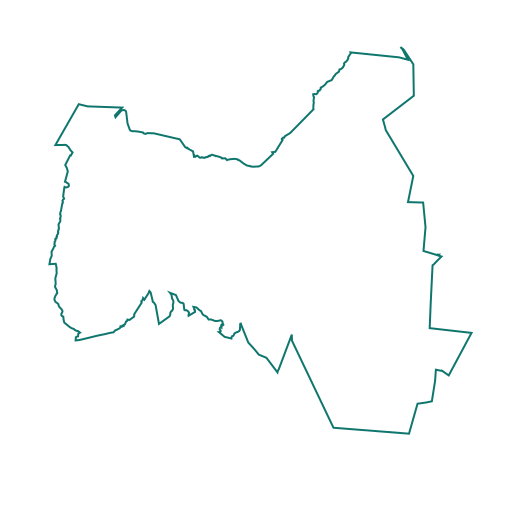 Peñamiller, Querétaro, Mexico (Natural Earth projection), rotated 354°
{"feature_id": "50627088B47051465612575", "entity_name": "Peñamiller", "entity_type": "district", "adm_level": 2, "iso_a3": "MEX", "parent_name": "Mexico", "parent_adm1": "Querétaro", "projection": "natural_earth1", "projection_center": [-99.898, 21.09], "detail": "fine", "context": "isolated", "style": "outline", "palette": "teal", "viewbox_px": 512, "rotation_deg": 354, "n_neighbors": 0, "source": "geoboundaries", "source_scale": "gbopen_adm2", "svg_char_len": 5914}
<svg xmlns="http://www.w3.org/2000/svg" viewBox="0 0 512 512"><g transform="rotate(354 256 256)"><path d="M68.1,124.7L76.8,125.5L77.0,125.4L79.0,125.9L80.0,127.1L81.0,128.1L82.6,131.5L84.4,133.8L82.4,136.7L81.7,136.5L75.8,145.6L77.0,148.5L77.7,152.1L73.8,162.2L74.6,162.4L75.5,163.4L76.7,164.2L77.2,164.9L77.3,165.7L77.1,167.0L76.7,167.4L74.9,168.0L73.7,167.9L72.8,167.3L72.5,168.0L70.7,175.4L70.5,176.9L70.7,177.8L71.1,178.5L71.1,179.0L69.9,179.9L69.3,180.8L69.6,182.3L69.1,183.0L69.1,183.6L68.7,184.0L66.7,190.9L66.0,192.0L65.8,193.5L65.5,194.0L65.5,194.3L65.8,194.8L66.0,195.3L66.0,195.8L65.9,196.2L65.0,198.3L65.3,198.4L65.0,201.0L62.9,203.9L62.9,206.7L62.9,208.2L62.4,208.9L62.2,209.8L61.9,210.0L61.8,210.3L61.9,210.6L61.5,211.5L61.7,211.8L61.6,212.0L61.7,212.5L61.5,212.8L61.4,213.3L60.6,214.0L60.4,214.4L60.1,214.9L60.0,215.3L60.2,215.7L59.9,216.2L59.4,216.4L59.3,216.7L59.3,217.0L59.5,217.4L59.1,217.9L58.7,218.1L58.2,218.1L58.1,218.6L58.1,219.9L57.7,220.4L57.2,220.9L57.1,221.2L57.2,222.0L56.8,222.8L56.7,223.4L56.8,224.0L57.3,224.6L56.8,225.3L56.0,225.8L55.3,227.2L53.1,230.4L52.9,234.4L51.1,237.6L49.7,242.6L56.0,242.8L56.5,247.3L56.3,247.7L56.1,248.7L56.0,252.2L54.1,257.2L53.9,262.4L53.5,263.9L53.0,265.0L52.9,265.6L53.0,266.0L53.6,267.4L54.3,269.0L54.4,271.9L54.4,272.3L53.7,272.8L53.3,273.4L53.0,273.9L52.6,274.3L52.3,274.7L51.1,277.2L51.0,277.9L51.1,278.9L51.7,280.5L52.0,280.9L53.6,282.2L54.4,283.3L54.7,285.4L55.8,287.0L57.1,288.7L57.8,290.5L57.6,291.3L57.0,292.3L56.4,293.2L56.2,294.0L56.2,294.6L56.9,295.6L58.0,296.1L58.0,298.5L58.1,300.4L58.4,302.2L60.0,303.8L62.9,306.8L64.6,308.2L65.8,308.9L67.2,309.5L68.0,310.6L70.0,311.8L71.2,312.1L73.0,313.8L71.2,314.6L70.6,317.3L68.9,317.6L68.3,318.2L67.8,321.1L71.6,321.1L80.8,319.9L90.3,318.6L93.3,318.3L97.7,317.9L102.6,317.2L106.3,317.0L108.4,315.1L109.6,314.9L112.9,313.6L113.5,313.0L113.9,311.8L115.1,312.4L115.9,311.2L117.0,311.8L117.5,310.6L118.4,310.4L119.6,308.2L119.8,307.6L121.2,307.0L121.5,305.8L123.4,306.4L128.2,303.7L128.7,302.8L128.7,301.3L137.4,290.5L137.2,289.0L138.3,288.4L139.3,286.0L140.4,287.8L145.2,281.8L146.3,279.7L147.4,281.2L148.5,289.5L148.5,290.7L149.6,291.6L151.0,294.3L152.4,313.4L163.7,307.0L164.7,305.2L164.8,303.8L165.7,302.3L166.9,301.6L168.0,299.8L168.1,296.0L169.1,293.3L169.0,291.3L168.1,289.7L168.0,287.7L167.8,285.5L166.6,283.6L172.3,286.5L174.2,292.6L176.0,294.5L178.2,295.0L179.0,295.9L179.1,302.1L179.4,302.4L180.0,302.6L181.2,302.6L182.7,304.0L183.4,305.2L183.2,306.4L183.2,307.0L182.7,307.7L182.7,308.4L189.6,305.2L189.6,303.4L188.9,302.8L189.0,301.7L188.5,300.1L191.5,301.0L194.2,304.1L195.6,305.1L196.6,307.9L197.4,309.1L200.7,311.3L202.2,314.2L204.6,314.4L208.2,316.2L209.8,316.6L212.2,316.5L214.3,316.2L215.6,317.4L215.9,318.3L215.7,319.1L216.2,320.6L215.7,320.6L215.7,321.5L215.1,321.8L214.6,320.8L214.1,321.2L214.1,323.5L213.5,323.0L212.5,323.9L212.2,325.4L213.0,326.3L213.0,327.2L212.5,327.8L211.2,327.8L216.3,333.1L222.9,335.5L223.2,334.3L223.8,333.3L225.1,333.0L225.9,331.9L226.4,330.8L228.6,329.8L230.2,329.5L231.4,328.9L232.3,327.7L232.5,326.2L233.0,323.8L233.0,322.6L233.4,321.7L233.9,321.7L233.9,322.3L239.3,341.3L244.2,347.9L248.5,354.4L255.7,358.3L265.2,374.0L265.7,372.5L266.8,371.0L283.4,337.9L282.9,343.9L315.1,434.9L339.9,439.5L389.6,448.7L401.2,419.8L409.6,419.5L415.7,418.9L421.1,398.7L423.0,387.9L428.5,389.6L428.8,389.4L435.2,394.9L462.3,355.0L421.2,345.9L424.6,322.6L430.6,283.8L430.8,283.5L431.7,283.1L435.1,280.2L440.4,275.9L437.7,274.7L438.3,273.8L438.1,273.8L437.7,274.1L437.1,274.4L437.1,274.5L436.9,274.4L437.0,274.2L436.8,273.8L436.5,273.5L435.7,273.8L423.1,268.5L427.6,245.1L427.8,220.3L412.8,218.3L420.8,192.8L398.2,144.3L397.8,141.1L396.5,133.5L429.7,113.1L432.5,81.8L424.4,66.1L421.5,63.3L423.2,65.6L427.6,76.7L419.1,73.4L371.3,63.4L371.6,64.2L370.3,65.6L368.4,68.0L368.4,69.3L367.0,71.2L365.5,72.4L364.5,72.8L363.6,73.9L363.8,75.1L363.2,76.1L362.7,76.5L362.4,77.3L361.4,78.1L360.1,79.0L358.5,79.2L357.8,81.3L354.2,83.4L353.1,84.9L352.1,85.5L350.9,87.4L349.5,89.1L348.8,89.2L345.0,90.3L342.6,92.8L340.4,94.3L338.0,95.3L337.8,96.8L337.0,97.3L336.7,98.0L336.3,98.2L334.8,98.3L334.7,98.4L334.6,99.7L333.9,100.7L332.7,101.4L331.3,101.0L329.8,101.1L329.8,102.8L330.3,104.3L329.9,105.5L329.4,108.1L329.5,109.8L329.0,111.2L328.6,114.0L328.4,115.8L328.5,116.1L302.8,137.3L297.4,139.8L296.3,141.3L295.9,141.1L295.3,141.1L294.7,141.6L294.0,142.1L294.0,142.4L293.9,142.6L294.6,143.4L286.1,154.4L282.9,154.5L283.7,156.2L270.5,166.3L269.1,166.9L268.1,167.2L262.2,166.9L259.9,166.3L259.9,166.1L256.5,165.1L253.4,162.8L249.4,159.0L248.3,158.8L248.1,158.1L245.7,157.3L244.3,157.1L241.6,157.1L241.3,157.0L240.3,157.1L239.3,157.2L237.7,157.4L237.2,157.6L236.5,156.6L236.3,156.4L235.6,155.6L234.9,155.6L232.4,155.4L232.3,154.8L231.5,154.5L231.3,154.3L230.4,153.8L230.2,153.7L229.9,153.6L229.4,153.3L226.3,152.2L226.2,152.3L225.6,151.8L224.8,151.6L223.2,150.8L222.8,150.7L222.6,150.8L222.3,150.9L221.7,151.1L221.2,151.2L220.8,151.3L220.3,151.3L219.9,151.4L219.6,151.5L219.8,151.8L219.5,151.8L218.9,152.1L218.4,152.4L217.7,152.5L217.0,152.6L216.9,152.6L216.8,152.4L216.7,152.4L216.4,152.4L216.0,152.6L215.7,152.8L215.2,152.9L214.9,152.9L214.6,153.0L213.9,152.8L213.4,152.3L212.8,152.4L212.2,152.1L211.8,152.3L211.3,152.5L210.1,152.2L209.2,151.0L208.0,150.1L207.7,150.4L206.9,150.3L206.2,150.7L206.1,151.0L204.8,150.9L204.7,150.9L204.7,150.3L204.8,150.3L205.0,149.1L204.6,149.0L204.3,145.4L199.0,141.7L199.2,141.4L198.9,141.0L198.7,141.0L198.3,141.3L197.0,140.4L192.4,132.0L167.2,123.3L161.4,122.5L161.2,122.4L158.8,123.0L157.1,122.3L156.6,121.4L155.7,121.1L154.8,120.8L152.0,120.0L151.2,119.8L149.8,119.5L148.8,119.3L147.6,119.1L146.1,119.0L144.2,118.1L143.6,117.0L143.3,115.6L142.1,110.9L141.9,99.1L141.6,98.2L141.2,97.7L140.1,97.1L139.3,97.0L138.2,97.1L137.1,97.4L130.8,103.3L130.4,101.4L138.4,94.4L104.2,89.6L95.6,86.5L68.1,124.7Z" fill="none" stroke="#0f766e" stroke-width="2"/></g></svg>